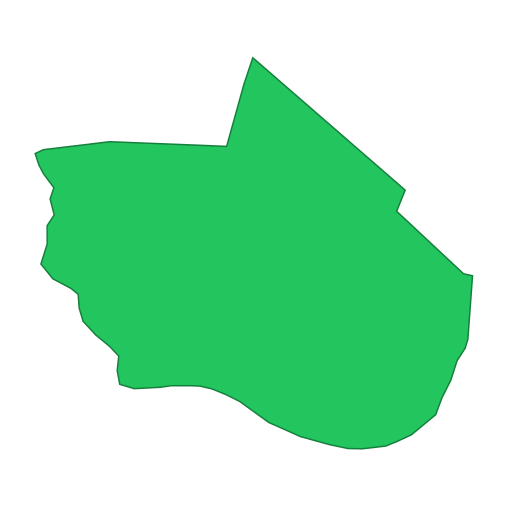 the district of Jardim Olinda, Paraná, Brazil, rotated 177°
{"feature_id": "56859067B25666254969369", "entity_name": "Jardim Olinda", "entity_type": "district", "adm_level": 2, "iso_a3": "BRA", "parent_name": "Brazil", "parent_adm1": "Paraná", "projection": "mercator", "projection_center": [-52.066, -22.579], "detail": "fine", "context": "isolated", "style": "filled", "palette": "green", "viewbox_px": 512, "rotation_deg": 177, "n_neighbors": 0, "source": "geoboundaries", "source_scale": "gbopen_adm2", "svg_char_len": 764}
<svg xmlns="http://www.w3.org/2000/svg" viewBox="0 0 512 512"><g transform="rotate(177 256 256)"><path d="M84.9,88.1L77.6,104.9L68.0,121.7L60.7,140.9L52.0,152.9L48.8,161.7L40.8,224.9L49.7,227.4L113.2,293.3L103.6,314.0L248.8,454.1L258.9,428.6L279.6,367.0L396.3,377.8L462.7,373.3L471.2,369.9L468.0,358.1L463.9,349.2L454.3,334.8L458.6,323.8L455.4,307.6L463.0,297.2L463.9,278.9L471.2,259.2L460.0,243.8L442.6,233.4L435.6,227.1L435.3,213.2L432.1,199.9L420.1,185.4L407.0,173.5L398.3,163.3L400.6,148.8L398.8,135.0L384.6,129.9L358.6,129.9L347.9,130.9L328.0,129.9L318.7,129.0L307.3,125.7L293.3,119.2L279.9,111.6L252.0,89.1L221.0,73.3L192.2,63.7L174.1,58.9L159.8,57.9L136.5,59.4L125.1,63.3L110.2,69.3L84.9,88.1Z" fill="#22c55e" stroke="#15803d" stroke-width="1.5"/></g></svg>